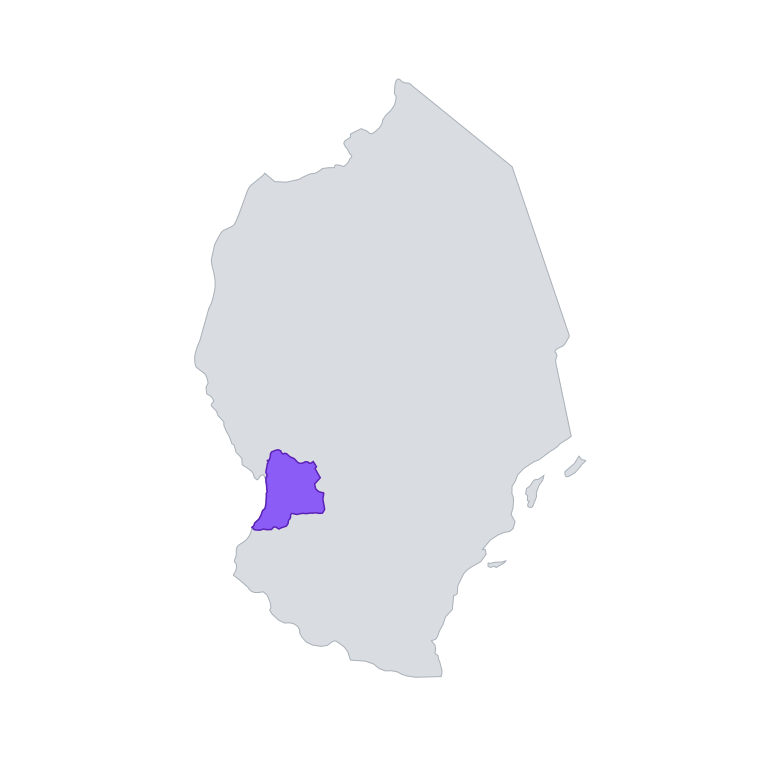 location of Njombe within United Republic of Tanzania, rotated 39°
{"feature_id": "TZA-5587", "entity_name": "Njombe", "entity_type": "Region", "adm_level": 1, "iso_a3": "TZA", "parent_name": "United Republic of Tanzania", "parent_adm1": "", "projection": "robinson", "projection_center": [34.628, -9.571], "detail": "fine", "context": "in_parent", "style": "filled", "palette": "violet", "viewbox_px": 768, "rotation_deg": 39, "n_neighbors": 0, "source": "natural_earth", "source_scale": "10m", "svg_char_len": 5311}
<svg xmlns="http://www.w3.org/2000/svg" viewBox="0 0 768 768"><g transform="rotate(39 384 384)"><path d="M303.5,526.2L296.8,522.2L290.8,519.8L285.8,517.1L283.6,514.5L278.9,513.5L274.9,513.1L271.1,510.6L263.4,509.7L262.6,508.1L262.5,504.5L261.1,503.6L258.3,502.7L255.3,502.7L253.5,503.2L252.4,503.0L249.9,500.8L247.6,498.2L246.7,493.9L243.2,491.1L239.1,488.9L227.9,489.1L226.1,488.5L223.5,486.3L220.3,482.7L217.8,478.6L215.6,473.0L213.3,465.5L200.3,435.5L199.0,429.8L196.4,423.5L192.3,415.8L187.9,410.1L182.0,404.9L175.2,399.7L171.6,396.2L164.6,382.1L163.2,375.4L162.1,368.6L162.5,365.8L166.8,357.0L167.3,354.5L166.7,351.2L164.6,344.1L161.8,335.6L156.3,320.0L155.5,316.1L155.6,313.2L158.8,297.4L158.7,295.2L171.7,295.5L181.1,288.6L189.3,278.2L190.9,273.9L194.3,267.3L197.6,264.0L198.8,261.7L200.7,255.1L205.0,250.6L209.2,247.2L208.3,244.7L209.0,243.8L211.3,242.1L215.7,240.4L216.6,237.0L216.6,233.1L215.8,230.9L216.0,228.4L215.3,226.9L212.4,226.6L208.1,224.6L204.4,223.8L201.9,222.7L201.0,221.8L200.6,219.4L202.7,213.4L200.6,210.9L205.1,200.9L205.9,199.7L207.6,199.5L210.2,198.5L212.6,198.0L214.5,198.4L216.0,197.9L217.3,196.8L218.3,193.4L219.2,187.7L218.7,183.1L216.8,179.5L216.3,174.1L217.2,166.8L216.6,160.7L214.5,155.8L212.4,152.9L209.1,151.6L204.0,144.2L202.5,140.6L202.7,138.3L204.5,137.4L207.7,137.7L210.8,136.8L213.6,134.8L216.4,134.2L217.9,134.5L346.8,134.5L497.6,229.8L498.2,230.9L499.4,239.1L499.1,241.9L496.8,246.6L496.1,249.1L496.1,250.8L496.7,251.5L498.6,251.7L500.3,252.8L500.9,253.7L502.2,257.3L503.8,259.1L561.1,305.8L562.4,306.5L561.5,310.4L558.3,319.9L558.1,323.9L556.8,328.5L555.6,331.6L552.3,345.0L549.5,350.0L545.7,361.7L545.1,370.7L547.2,377.0L547.9,382.9L552.3,388.6L555.8,390.7L558.2,393.3L562.4,399.4L564.8,405.4L572.4,408.4L575.4,415.1L574.3,419.8L570.8,423.7L567.5,429.9L564.8,438.2L564.7,450.7L566.5,448.8L570.5,451.9L571.0,461.2L566.8,471.9L565.5,477.0L565.3,481.3L568.3,494.2L572.8,500.8L572.5,502.8L571.3,504.6L579.0,516.2L578.4,526.3L581.3,534.2L582.5,541.0L584.4,546.2L584.8,549.8L582.4,553.8L588.0,554.8L591.4,558.1L592.9,561.2L597.0,561.1L599.2,563.3L602.4,565.0L609.5,570.3L611.4,572.9L612.5,575.5L593.0,592.1L585.9,596.3L580.9,598.3L575.5,599.4L570.4,602.0L565.6,606.1L559.4,608.2L551.9,608.2L544.0,611.1L531.6,619.7L524.4,614.9L518.7,613.4L512.2,613.6L508.2,614.1L506.8,615.2L505.6,618.1L504.5,622.9L500.2,627.5L492.7,631.9L485.8,633.5L479.5,632.4L475.2,630.6L473.0,628.0L469.7,626.8L465.3,627.0L461.2,628.8L457.2,632.3L450.9,633.8L442.1,633.3L437.5,631.7L436.8,628.8L433.0,625.4L426.0,621.6L420.9,621.5L417.6,625.2L414.6,627.5L411.8,628.5L409.4,628.6L405.9,627.6L396.2,627.2L387.1,627.3L386.2,622.0L384.3,618.7L382.6,616.8L379.5,616.3L378.6,614.8L377.6,611.5L376.0,608.7L373.9,606.3L372.7,604.2L372.3,602.2L372.6,600.0L374.5,594.5L375.1,590.7L374.9,586.9L373.9,583.0L371.7,578.3L372.0,576.9L371.2,573.7L371.1,571.5L371.6,568.7L371.2,565.0L369.3,557.2L369.3,555.2L367.3,551.4L361.2,542.5L361.0,541.3L351.4,532.3L347.6,530.3L346.2,532.0L345.7,533.6L346.1,536.5L345.9,537.9L345.5,538.5L343.2,538.4L341.8,538.1L338.2,535.7L335.4,535.1L328.4,535.5L326.0,536.1L324.1,535.5L320.4,531.4L316.0,530.5L312.2,530.3L305.7,525.6L303.5,526.2ZM573.5,375.6L576.6,385.5L576.2,387.3L574.0,388.5L572.8,388.6L571.4,387.0L570.5,383.6L568.8,384.4L565.9,380.4L563.1,380.2L560.6,375.5L561.6,371.3L561.0,364.2L564.1,360.6L565.8,354.5L567.8,358.6L568.3,365.2L570.9,372.8L573.5,375.6ZM588.8,316.5L589.0,318.8L588.4,321.0L588.5,328.1L588.3,332.7L585.9,339.2L584.0,341.5L582.3,340.8L580.9,339.8L579.8,338.0L582.0,326.1L580.9,317.4L585.3,318.3L588.8,316.5ZM582.1,459.6L579.9,460.2L579.0,459.6L577.6,457.6L580.0,456.0L582.3,452.8L587.7,448.1L590.2,444.3L589.8,448.0L586.7,456.0L584.2,456.5L582.1,459.6Z" fill="#d9dde1" stroke="#a8b0b8" stroke-width="1"/><path d="M371.6,578.6L371.5,578.3L371.6,577.7L372.0,576.7L372.1,576.3L371.9,575.4L371.1,573.9L371.0,572.9L371.8,567.8L371.8,567.3L371.7,566.8L371.4,565.7L371.0,563.3L369.6,559.8L369.3,558.2L369.4,557.8L369.8,556.9L369.8,556.3L369.8,555.8L369.3,554.2L368.1,552.3L367.6,551.3L363.5,545.6L363.5,545.4L362.7,544.6L361.6,543.4L361.4,543.1L361.2,542.2L361.1,541.3L360.8,540.7L359.6,540.2L355.6,535.5L354.4,534.9L353.7,534.0L353.4,533.8L352.0,531.9L351.5,531.6L351.1,531.0L351.2,529.5L349.5,527.6L348.7,527.5L347.9,527.1L346.7,525.2L344.4,520.8L343.5,519.5L343.4,518.0L343.0,517.4L341.6,517.1L341.8,516.1L342.7,515.6L342.0,513.5L341.0,511.5L339.7,509.7L339.4,507.5L341.8,503.2L343.5,501.5L345.7,501.0L348.7,502.2L349.9,501.7L350.3,500.4L352.4,499.4L354.8,499.7L357.1,499.6L361.2,498.5L365.1,499.1L367.3,499.1L369.2,498.2L370.6,496.5L371.7,494.1L373.0,493.0L374.5,492.4L375.9,492.6L376.8,491.9L377.8,488.8L383.6,490.8L383.6,493.1L393.5,497.0L393.0,505.4L396.9,508.5L400.8,508.7L403.8,507.6L404.5,507.2L405.2,506.6L406.1,507.0L408.9,511.9L416.7,518.7L417.2,520.8L417.4,523.1L416.1,524.4L414.6,525.6L412.8,526.6L411.2,527.7L410.0,529.2L408.4,530.3L404.8,534.0L402.2,535.6L398.2,540.4L395.2,541.8L393.9,542.6L393.5,543.9L394.2,545.2L395.1,546.1L395.7,547.8L395.6,550.1L397.2,552.7L397.6,555.8L394.2,561.2L393.7,562.7L392.2,563.1L390.7,563.1L389.3,563.6L388.3,564.8L388.1,567.9L384.6,571.0L381.6,572.6L379.7,575.6L376.1,578.2L375.0,578.8L373.7,578.8L373.2,578.5L372.7,578.4L371.7,578.6L371.6,578.6Z" fill="#8b5cf6" stroke="#5b21b6" stroke-width="1.5"/></g></svg>